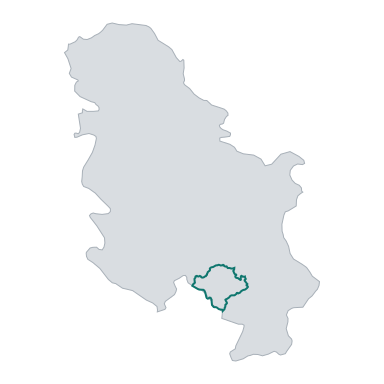 Toplicki on a map of Republic of Serbia (Mercator projection)
{"feature_id": "SRB-835", "entity_name": "Toplicki", "entity_type": "District", "adm_level": 1, "iso_a3": "SRB", "parent_name": "Republic of Serbia", "parent_adm1": "", "projection": "mercator", "projection_center": [21.443, 43.114], "detail": "fine", "context": "in_parent", "style": "outline", "palette": "teal", "viewbox_px": 384, "rotation_deg": 0, "n_neighbors": 0, "source": "natural_earth", "source_scale": "10m", "svg_char_len": 7856}
<svg xmlns="http://www.w3.org/2000/svg" viewBox="0 0 384 384"><path d="M219.9,141.1L229.9,144.3L234.5,147.3L236.9,151.2L243.3,153.8L253.7,155.1L261.0,159.1L265.1,165.8L271.7,164.2L280.9,154.2L290.0,151.6L298.9,156.4L303.8,160.3L304.6,163.4L302.5,164.6L297.6,164.0L293.5,166.0L290.3,170.3L289.8,175.0L292.0,180.0L295.2,183.4L299.3,185.3L301.4,187.9L301.7,191.2L302.8,192.1L300.5,193.6L297.9,195.8L296.5,199.7L296.2,206.0L288.2,210.9L285.3,211.8L283.9,215.1L281.9,224.3L282.1,231.2L283.2,234.7L283.7,237.6L286.2,241.1L288.6,246.4L290.1,253.5L293.5,259.0L302.3,264.4L306.6,267.5L309.9,272.1L312.3,276.2L319.5,281.6L319.0,285.5L317.4,289.3L315.7,291.1L312.1,295.9L308.6,298.7L302.9,307.2L293.7,307.7L291.6,308.4L288.1,310.7L286.4,315.0L288.0,318.4L287.9,321.9L286.2,328.6L288.4,335.8L291.6,339.1L292.1,341.0L291.6,344.4L286.8,351.2L285.3,353.7L280.5,355.0L278.9,354.3L276.4,352.0L274.1,351.3L268.4,354.1L262.5,355.8L257.9,354.5L253.4,354.3L250.3,355.4L247.9,355.9L243.2,358.8L235.8,361.0L232.4,360.5L231.1,357.7L229.7,353.8L230.3,352.0L235.3,348.8L235.8,345.9L242.7,331.5L244.0,326.8L244.1,325.2L242.3,324.2L238.5,324.2L221.8,318.4L222.5,311.6L217.6,308.0L212.3,304.8L211.4,301.2L205.5,293.8L201.2,289.7L195.7,287.7L190.9,284.7L188.1,282.8L186.8,279.4L186.8,277.4L185.4,275.4L183.1,275.6L179.2,278.3L174.4,280.7L173.6,282.4L175.3,286.5L176.6,289.0L176.0,291.5L174.5,294.6L165.3,301.4L164.3,303.8L166.0,307.7L164.9,309.4L157.3,311.9L157.5,309.9L157.0,306.5L152.6,302.9L146.4,300.1L132.6,290.6L127.3,289.3L122.5,288.2L115.7,283.6L112.3,282.8L108.4,279.5L99.9,268.5L92.8,262.5L87.9,259.4L86.5,256.4L86.2,253.4L86.4,252.3L90.1,248.0L92.9,247.3L96.6,247.2L99.0,249.4L102.2,249.9L104.0,247.1L104.9,243.0L104.5,237.8L96.8,225.8L90.2,217.3L89.5,215.5L90.9,213.9L93.2,213.0L95.7,213.7L102.1,214.4L108.3,213.6L110.4,211.5L110.4,208.7L108.1,206.2L100.9,199.2L95.3,193.1L88.7,188.4L83.7,186.5L82.3,184.1L81.7,181.5L82.2,176.8L82.5,170.8L83.7,167.1L88.1,160.0L92.4,152.4L95.0,145.1L96.4,138.4L95.9,136.4L93.7,135.0L89.0,133.5L82.5,134.8L77.0,137.2L74.8,137.4L74.1,134.4L75.0,133.1L76.7,133.2L78.1,133.8L79.6,132.4L80.5,128.3L78.3,114.1L82.4,112.8L82.4,110.7L82.8,108.9L87.1,111.4L93.1,111.4L98.3,110.9L99.1,109.5L99.0,107.5L97.9,105.9L96.1,104.6L94.7,102.6L91.2,101.7L80.1,96.6L74.7,91.1L74.8,85.3L76.4,82.1L78.3,80.9L77.8,79.9L71.5,77.1L69.3,73.4L71.1,68.5L67.9,58.7L64.5,52.6L67.8,50.0L68.3,46.3L68.5,44.1L69.9,44.2L75.3,41.7L77.3,39.6L78.5,37.2L79.8,36.6L83.4,39.2L87.2,39.5L91.5,37.8L94.7,35.5L98.6,33.7L100.3,32.4L102.6,30.3L107.1,24.3L112.2,23.0L119.0,24.6L126.4,25.1L132.0,23.7L146.0,25.5L149.0,26.9L150.9,28.4L154.6,33.6L158.1,40.3L163.0,43.3L168.9,47.0L171.9,49.6L176.3,57.6L179.8,61.5L180.9,61.3L182.1,60.3L182.9,59.5L183.8,60.2L183.9,62.6L184.1,68.0L183.2,73.7L184.5,79.0L184.5,80.7L183.6,82.2L183.8,83.6L185.0,85.1L189.7,88.6L194.1,94.1L199.1,97.9L203.8,100.4L206.8,100.5L211.6,105.0L221.2,108.1L224.3,109.2L226.4,111.0L227.9,113.1L228.0,115.4L226.5,116.4L224.5,119.5L223.6,123.2L222.1,124.1L220.6,124.2L219.4,125.3L219.7,126.8L221.0,128.4L222.9,129.7L226.8,131.1L230.5,133.1L230.5,134.7L229.7,136.4L224.9,137.1L221.4,137.4L219.7,138.1L219.9,141.1Z" fill="#d9dde1" stroke="#a8b0b8" stroke-width="1"/><path d="M197.3,288.7L192.3,285.8L192.4,285.5L192.8,284.8L193.1,284.4L193.4,283.9L193.5,283.8L193.7,283.6L194.2,283.4L194.3,283.4L194.4,283.2L194.9,282.7L194.9,282.4L194.8,282.0L194.7,281.8L194.7,281.6L194.6,280.6L194.5,279.9L194.5,279.4L194.5,279.0L194.5,278.8L194.7,278.5L195.2,277.9L195.6,277.4L195.6,277.2L195.6,276.8L195.5,276.5L195.6,276.4L195.9,276.2L196.4,276.0L196.7,275.9L196.9,275.9L197.0,276.0L197.5,276.2L197.8,276.4L198.2,276.5L198.4,276.5L198.7,276.4L199.2,276.3L199.6,276.0L199.8,275.9L200.0,276.0L200.4,276.2L200.7,276.4L200.8,276.4L200.9,276.5L201.0,276.6L201.1,277.0L201.3,277.2L201.8,277.4L201.9,277.5L202.1,277.5L202.6,277.6L202.9,277.6L203.1,277.5L203.5,277.3L204.0,277.2L204.6,276.7L204.9,276.5L205.2,276.3L205.7,276.1L205.8,276.1L205.9,275.9L206.1,275.8L206.2,275.4L206.3,275.2L206.5,275.1L206.8,275.0L206.9,274.9L207.0,274.7L207.0,274.4L207.0,273.9L207.1,273.7L207.5,273.1L207.6,272.8L207.7,272.2L207.8,272.1L208.1,271.8L208.7,271.4L209.1,271.0L209.5,270.8L209.6,270.6L209.8,270.4L209.9,270.2L210.0,270.0L210.0,269.6L209.8,269.0L209.8,268.8L209.8,268.7L210.0,268.3L210.1,268.2L210.3,268.0L210.6,267.8L210.7,267.7L210.8,267.6L211.3,267.4L212.2,267.1L212.8,267.1L213.1,267.0L214.2,266.4L215.5,265.6L216.0,265.4L216.4,265.3L217.3,265.3L217.5,265.2L218.0,265.1L218.3,264.9L218.6,264.8L218.8,264.8L219.7,265.0L220.0,265.2L220.5,265.4L220.7,265.5L220.9,265.5L221.0,265.5L221.4,265.4L221.8,265.3L222.3,265.3L222.6,265.3L222.6,265.2L222.9,264.9L223.1,264.9L223.3,264.9L223.5,265.0L223.8,265.2L223.9,265.3L224.1,265.8L224.2,266.0L224.4,266.1L224.8,266.3L225.2,266.5L225.4,266.5L225.6,266.5L226.0,266.5L226.6,266.4L227.2,267.3L227.6,267.9L227.7,268.0L227.9,268.1L228.1,268.1L228.7,268.0L229.1,268.0L229.3,268.0L229.5,268.0L230.1,268.2L230.3,268.2L230.8,268.4L231.0,268.5L231.5,268.5L232.1,268.5L232.6,268.5L232.8,268.5L233.2,268.3L234.3,267.9L234.2,269.1L234.2,269.3L234.0,269.7L233.8,270.1L233.7,270.4L233.4,270.7L233.4,270.8L233.3,271.0L233.4,271.3L233.6,271.7L233.7,271.8L233.8,272.1L233.9,272.5L234.0,272.8L234.3,273.1L234.4,273.4L234.5,273.7L234.6,273.8L234.8,274.0L235.0,274.2L235.1,274.3L235.7,274.4L235.9,274.4L236.0,274.5L236.3,274.9L236.3,275.0L236.2,275.1L236.1,275.3L235.7,275.6L235.6,275.8L235.4,276.0L235.3,276.3L235.3,276.5L235.4,276.9L235.6,277.2L235.7,277.4L235.8,277.5L236.1,277.7L236.3,277.8L236.5,277.9L236.8,277.9L237.7,278.1L237.9,278.1L238.1,278.2L238.3,278.4L238.5,278.6L238.7,278.8L239.3,279.1L240.0,279.7L240.1,279.8L240.4,279.9L240.5,279.8L240.8,279.7L240.9,279.4L240.9,279.2L240.8,278.9L240.7,278.5L240.7,278.3L240.7,278.1L240.8,277.5L240.8,276.8L240.9,276.6L240.9,276.4L241.0,276.2L241.3,275.9L241.5,275.8L241.9,276.0L242.0,276.2L242.2,276.4L242.3,276.5L242.6,276.7L242.8,276.7L243.1,276.7L243.3,276.6L243.5,276.7L244.1,276.8L244.3,276.8L244.6,276.8L244.9,276.6L245.2,277.8L245.3,278.1L245.4,278.3L245.7,278.7L245.7,278.9L245.7,279.0L245.6,279.3L245.4,279.4L245.0,279.7L244.7,279.9L244.7,280.0L244.6,280.3L244.6,280.5L244.7,280.8L245.1,281.2L245.3,281.6L245.5,281.8L246.2,282.6L246.3,282.8L246.8,283.5L247.2,284.1L247.3,284.1L247.3,284.3L247.2,284.5L246.7,284.8L246.5,285.0L246.5,285.3L246.6,285.5L246.8,285.6L247.1,285.8L247.3,285.8L247.7,286.4L247.9,286.7L247.9,286.9L247.9,287.0L247.4,287.5L247.1,288.0L246.6,288.4L245.4,289.4L245.2,289.5L244.6,289.7L244.3,289.8L243.7,289.9L243.4,289.9L243.0,290.1L242.3,290.5L241.5,290.9L241.4,291.1L241.1,291.3L240.7,291.8L240.4,292.1L240.1,292.4L239.9,292.7L239.8,292.8L239.2,293.0L238.7,293.2L238.5,293.3L238.4,293.4L238.2,293.4L237.7,293.0L237.4,292.9L237.1,292.9L236.8,293.1L236.7,293.1L236.6,293.3L236.4,293.9L236.3,294.0L236.2,294.1L235.4,294.6L234.9,295.1L234.7,295.2L234.4,295.3L234.2,295.3L233.9,295.3L231.9,295.3L231.6,295.3L231.4,295.4L231.1,295.5L230.9,295.6L230.7,295.7L230.0,296.2L229.9,296.4L229.8,296.5L229.4,297.1L229.3,297.3L228.9,297.6L228.6,297.8L227.0,298.9L226.4,299.1L225.6,299.5L225.4,299.7L225.4,299.8L225.5,300.0L225.7,300.4L225.9,301.0L226.0,301.1L226.3,301.4L226.3,301.5L226.5,302.0L226.8,302.7L226.9,302.8L226.9,303.0L226.9,303.3L226.5,303.7L226.4,303.8L226.3,304.1L226.2,304.2L226.1,304.3L225.8,304.4L225.6,304.6L225.4,304.8L225.3,305.0L225.4,305.5L225.3,306.1L225.3,306.3L225.3,306.6L225.3,306.8L225.2,307.0L224.8,307.5L224.7,307.7L224.7,307.9L224.7,308.3L224.6,308.5L224.4,309.3L222.9,310.8L222.9,310.3L222.3,309.7L221.0,309.6L219.1,309.2L218.4,308.8L217.2,307.8L216.6,307.4L215.9,307.2L214.4,307.2L213.7,307.0L212.0,305.0L211.7,302.3L211.6,299.7L210.6,297.8L209.6,297.6L208.7,298.3L207.9,298.7L206.8,298.1L206.3,297.0L205.3,292.6L204.4,290.6L203.4,289.8L199.3,289.6L198.0,289.1L197.3,288.7Z" fill="none" stroke="#0f766e" stroke-width="2"/></svg>